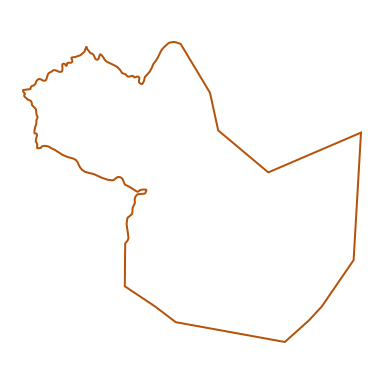 San Rafael, Lempira, Honduras (Albers equal-area conic projection)
{"feature_id": "27666195B54610294304045", "entity_name": "San Rafael", "entity_type": "district", "adm_level": 2, "iso_a3": "HND", "parent_name": "Honduras", "parent_adm1": "Lempira", "projection": "albers", "projection_center": [-88.427, 14.711], "detail": "fine", "context": "isolated", "style": "outline", "palette": "amber", "viewbox_px": 384, "rotation_deg": 0, "n_neighbors": 0, "source": "geoboundaries", "source_scale": "gbopen_adm2", "svg_char_len": 5404}
<svg xmlns="http://www.w3.org/2000/svg" viewBox="0 0 384 384"><path d="M284.8,342.0L308.7,320.6L318.7,309.8L321.7,306.6L353.6,260.1L361.0,132.6L268.3,172.4L218.2,130.4L210.0,92.8L180.7,44.0L178.0,43.0L175.1,42.1L174.6,42.1L173.8,42.0L173.4,42.0L171.4,42.3L169.7,42.6L169.3,42.7L168.9,42.9L168.5,43.2L167.1,44.4L165.1,46.2L163.5,47.7L162.5,48.9L161.5,50.2L160.7,51.6L160.1,52.8L159.1,55.0L158.5,56.2L158.0,57.1L156.6,59.6L155.4,61.5L154.9,62.1L154.3,62.8L154.0,63.1L153.4,64.0L152.9,64.9L152.3,66.7L151.8,67.8L150.9,69.5L149.7,71.6L149.3,72.1L148.8,72.7L146.6,75.1L144.9,77.0L144.7,77.5L144.6,78.4L144.4,79.1L144.1,80.6L143.9,81.1L143.4,82.1L142.9,83.1L142.4,83.7L142.2,83.8L142.0,84.0L141.8,84.0L141.4,83.9L140.9,83.7L140.5,83.6L140.0,83.3L139.6,83.0L139.4,82.8L139.2,82.5L139.0,81.9L138.9,81.1L139.0,80.3L139.3,79.0L139.3,78.5L139.3,78.0L139.2,77.7L139.1,77.4L138.9,77.2L138.7,77.0L138.4,76.8L138.0,76.6L137.5,76.6L137.1,76.6L136.6,76.7L135.9,77.1L135.6,77.2L134.9,77.3L134.4,77.3L134.2,77.2L133.9,76.9L133.7,76.5L133.4,76.2L133.0,76.1L132.6,76.0L132.0,75.9L131.6,75.9L131.3,76.0L130.3,76.4L129.6,76.5L128.9,76.6L128.4,76.6L127.9,76.5L127.7,76.5L127.4,76.2L126.5,75.3L125.4,74.2L122.3,73.1L121.9,72.9L121.7,72.7L121.4,71.9L121.1,71.4L120.5,70.5L119.4,69.1L118.9,68.6L118.3,67.9L117.6,67.3L117.0,66.8L116.4,66.5L115.7,66.0L107.4,62.0L106.7,61.6L106.0,61.1L105.3,60.4L104.7,59.7L104.3,59.2L103.8,58.1L103.4,57.5L102.1,55.8L101.8,55.4L101.4,55.1L100.8,54.6L100.4,54.3L100.2,54.3L99.8,54.9L99.5,55.6L99.1,57.1L98.8,58.0L98.5,58.7L98.3,59.1L98.1,59.3L97.8,59.5L97.5,59.6L97.2,59.7L96.9,59.7L96.6,59.6L96.4,59.6L96.1,59.4L95.5,58.9L95.0,58.1L94.6,57.3L94.3,56.4L94.0,55.8L93.7,55.3L93.3,54.7L92.8,54.1L92.4,53.8L91.9,53.6L91.3,53.5L91.0,53.4L90.6,53.2L90.4,53.0L87.4,49.3L87.2,48.9L87.0,48.3L86.8,47.7L86.7,47.2L86.3,47.0L86.2,47.0L86.0,47.3L85.8,48.1L85.2,49.4L84.9,50.7L84.7,51.2L84.6,51.5L84.2,51.9L83.3,52.7L82.0,53.9L80.9,54.8L80.2,55.3L79.7,55.5L78.0,56.0L75.6,56.9L74.8,57.1L73.6,57.2L72.9,57.3L72.1,57.5L71.6,57.6L71.4,57.9L71.5,58.4L71.7,59.0L72.1,60.1L72.3,60.8L72.3,61.2L72.2,61.7L72.1,62.0L71.8,62.3L71.3,62.6L70.7,62.8L70.1,62.8L69.3,62.7L68.8,62.7L68.0,62.9L67.6,62.9L67.4,63.0L67.1,63.4L67.1,64.2L66.9,64.7L66.4,65.8L66.1,65.7L65.7,65.2L64.8,64.1L64.5,63.8L64.0,63.7L63.5,63.7L63.1,63.8L62.7,64.0L62.6,64.3L62.4,64.5L62.3,64.8L62.3,65.1L62.3,66.3L62.5,68.7L62.4,69.5L62.3,70.3L62.3,70.6L62.1,70.9L61.9,71.2L61.6,71.4L61.1,71.7L60.6,71.9L60.2,71.9L59.6,71.9L59.1,71.8L58.7,71.7L58.1,71.4L57.1,70.9L56.6,70.7L55.8,70.4L55.0,70.2L54.5,70.1L54.0,70.1L53.6,70.3L53.0,70.5L52.7,70.7L52.4,70.9L51.9,71.4L51.7,71.6L51.3,71.8L50.3,72.2L49.5,72.7L48.8,73.1L48.4,73.5L48.1,74.1L47.8,74.7L46.9,77.6L46.3,79.3L46.0,79.9L45.8,80.2L45.5,80.4L45.1,80.6L44.7,80.7L44.2,80.7L43.7,80.7L43.1,80.6L42.6,80.4L41.2,79.5L40.3,79.2L39.7,79.1L39.2,79.0L38.8,79.1L38.4,79.2L38.0,79.5L37.5,79.9L37.1,80.3L36.6,81.0L36.3,81.4L36.1,81.8L35.9,82.7L35.7,83.3L35.3,83.9L34.9,84.4L34.3,84.9L33.7,85.4L33.1,85.7L32.4,85.8L32.0,86.0L31.7,86.2L31.3,86.7L30.9,87.2L30.7,87.6L30.6,88.1L30.6,88.7L30.5,88.8L30.4,89.0L30.2,89.1L29.6,89.2L24.0,89.9L23.4,90.0L23.1,90.2L23.0,90.4L23.0,90.6L23.1,91.1L23.3,91.6L23.4,91.9L24.0,92.6L24.4,93.1L24.8,93.5L24.9,93.8L24.8,94.4L24.6,94.6L24.3,94.9L24.2,95.1L24.2,95.3L24.2,95.6L24.3,96.1L24.8,96.9L25.2,97.3L26.3,98.2L27.2,99.1L27.6,99.4L28.2,99.8L28.7,100.0L30.0,100.4L30.5,100.7L30.9,101.1L31.2,101.6L31.7,102.8L31.9,103.7L31.9,104.7L31.9,104.9L32.0,105.1L35.3,108.5L35.8,109.1L36.0,109.6L36.3,112.8L36.5,114.4L36.8,115.4L37.2,116.0L37.4,116.3L37.5,116.7L37.6,117.1L37.5,117.5L37.3,118.1L36.7,119.4L36.5,120.1L36.4,121.0L36.4,122.2L36.3,123.0L36.2,123.9L36.1,124.7L35.7,125.7L35.1,127.1L34.9,128.2L34.5,130.4L34.4,131.3L34.4,132.4L34.5,133.0L34.6,133.3L35.1,133.4L35.8,133.5L36.3,133.5L36.5,133.6L36.8,134.2L36.9,135.0L36.9,135.6L36.0,139.4L35.8,140.6L35.8,141.0L35.8,141.4L35.9,141.7L36.1,142.0L36.5,142.5L36.7,142.9L37.0,143.7L37.2,144.5L37.1,147.8L37.2,148.0L37.5,148.2L38.1,148.2L38.7,148.2L39.9,148.0L40.7,148.0L41.9,146.4L44.8,145.8L46.4,146.0L48.7,146.6L50.2,147.6L52.9,149.0L54.9,149.9L57.2,151.5L59.1,152.6L62.3,154.8L64.8,155.8L67.5,157.0L70.2,157.7L73.4,158.6L75.8,160.0L77.6,162.2L78.9,165.2L80.2,167.6L82.1,169.9L85.0,171.8L88.2,172.7L94.1,174.2L98.6,176.3L102.5,178.0L107.6,179.7L111.7,180.3L113.5,180.2L114.3,179.6L115.3,178.6L116.6,177.7L118.3,176.9L119.1,177.1L120.0,177.2L120.5,177.3L121.0,177.6L121.5,177.9L122.1,178.4L122.4,178.8L122.8,179.5L123.0,180.0L124.5,183.8L124.7,184.2L125.0,184.6L125.5,184.9L127.5,185.8L129.4,186.9L132.8,188.9L136.1,191.1L136.8,191.5L137.3,191.7L137.6,191.7L137.8,191.7L138.7,191.2L139.6,190.5L140.2,190.1L141.2,189.8L142.2,189.6L143.8,189.5L144.9,189.6L145.9,189.7L146.1,189.8L146.3,190.0L146.4,190.4L146.3,190.9L145.7,191.9L145.6,192.2L145.5,192.7L145.4,193.0L145.2,193.2L145.0,193.4L144.5,193.6L143.8,193.7L139.3,194.1L138.4,194.1L138.1,194.2L137.5,194.5L136.9,194.8L136.6,195.1L136.2,195.7L135.6,196.5L135.1,197.6L135.0,198.0L134.8,198.6L134.7,199.3L134.7,200.4L134.9,202.2L134.8,202.8L134.7,203.4L134.5,203.9L134.2,204.6L133.1,206.8L132.8,207.5L132.6,208.0L132.4,212.4L132.1,213.9L131.1,214.8L130.1,215.6L129.1,216.6L127.8,217.5L127.3,218.7L126.9,221.5L126.6,223.9L127.1,227.9L127.8,232.3L128.5,238.2L127.6,240.5L126.4,242.0L125.2,243.4L124.8,286.3L155.2,306.6L175.8,322.2L284.8,342.0Z" fill="none" stroke="#b45309" stroke-width="2"/></svg>